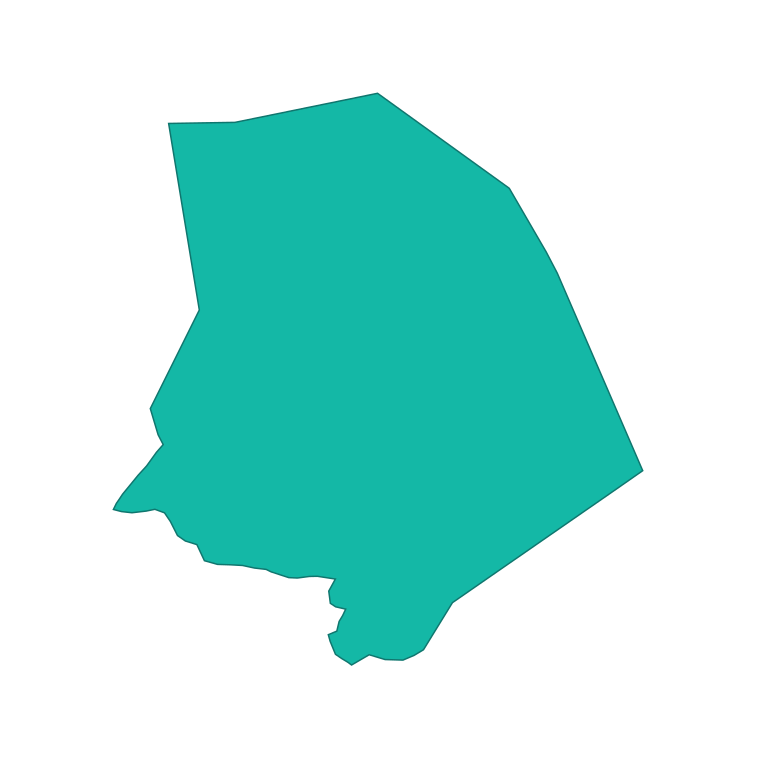 San Bartolomé Zoogocho, Oaxaca, Mexico (Mercator projection), rotated 194°
{"feature_id": "50627088B99822052581383", "entity_name": "San Bartolomé Zoogocho", "entity_type": "district", "adm_level": 2, "iso_a3": "MEX", "parent_name": "Mexico", "parent_adm1": "Oaxaca", "projection": "mercator", "projection_center": [-96.24, 17.246], "detail": "fine", "context": "isolated", "style": "filled", "palette": "teal", "viewbox_px": 768, "rotation_deg": 194, "n_neighbors": 0, "source": "geoboundaries", "source_scale": "gbopen_adm2", "svg_char_len": 903}
<svg xmlns="http://www.w3.org/2000/svg" viewBox="0 0 768 768"><g transform="rotate(194 384 384)"><path d="M310.8,604.6L460.6,664.5L591.9,601.8L656.0,584.7L581.1,411.1L604.8,303.6L590.9,280.1L583.6,271.8L588.3,262.6L594.5,247.1L600.4,236.2L611.0,213.8L613.0,208.2L614.8,203.4L616.2,196.8L607.8,196.7L597.4,198.1L583.9,203.2L576.0,207.0L565.8,205.9L558.0,198.9L547.7,187.0L538.8,183.6L526.7,182.9L515.5,169.1L501.9,168.7L489.4,171.4L477.4,173.7L465.1,174.1L453.5,175.6L448.0,174.4L429.5,173.1L421.1,174.8L409.9,179.2L402.2,181.3L384.0,183.0L387.5,169.7L383.0,158.2L377.0,156.1L366.7,156.3L368.1,149.3L370.1,142.8L370.0,132.8L377.4,127.3L374.0,121.3L365.7,110.0L358.7,107.4L351.9,105.3L347.5,103.5L332.9,117.7L316.3,116.9L298.8,120.7L289.1,128.0L281.4,135.7L264.7,188.4L136.7,334.2L112.0,362.5L242.7,533.5L258.5,551.3L309.8,604.2L310.8,604.6Z" fill="#14b8a6" stroke="#0f766e" stroke-width="1.5"/></g></svg>